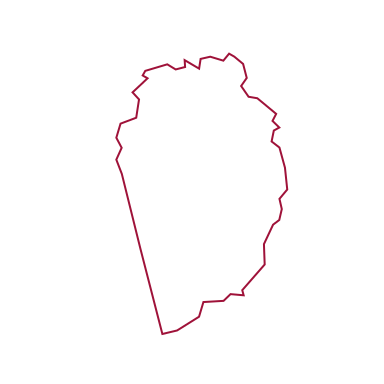 the district of Madison, Virginia, United States of America, rotated 206°
{"feature_id": "52423323B5475439623259", "entity_name": "Madison", "entity_type": "district", "adm_level": 2, "iso_a3": "USA", "parent_name": "United States of America", "parent_adm1": "Virginia", "projection": "equal_earth", "projection_center": [-78.275, 38.429], "detail": "fine", "context": "isolated", "style": "outline", "palette": "rose", "viewbox_px": 384, "rotation_deg": 206, "n_neighbors": 0, "source": "geoboundaries", "source_scale": "gbopen_adm2", "svg_char_len": 760}
<svg xmlns="http://www.w3.org/2000/svg" viewBox="0 0 384 384"><g transform="rotate(206 192 192)"><path d="M156.4,51.4L144.7,61.0L131.0,83.0L133.5,98.1L115.9,108.0L112.6,117.1L100.3,121.8L103.8,125.8L94.9,158.7L104.5,176.7L104.8,198.2L101.3,205.1L103.8,216.0L110.4,224.2L107.5,236.0L119.1,254.6L132.9,270.3L142.6,272.3L145.4,283.1L141.8,288.2L150.8,291.2L150.6,299.1L174.4,304.9L182.9,302.4L194.3,308.8L192.8,318.5L202.2,329.5L213.3,332.2L219.3,332.6L221.4,323.8L234.9,321.6L242.6,315.4L239.7,306.0L256.4,307.3L253.0,301.3L260.4,295.0L270.2,295.9L287.1,280.4L287.4,275.1L281.8,274.7L289.1,255.5L280.2,252.0L274.7,234.3L286.2,222.1L283.8,207.6L274.6,200.9L274.2,187.9L263.0,177.5L213.5,118.4L156.4,51.4Z" fill="none" stroke="#9f1239" stroke-width="2"/></g></svg>